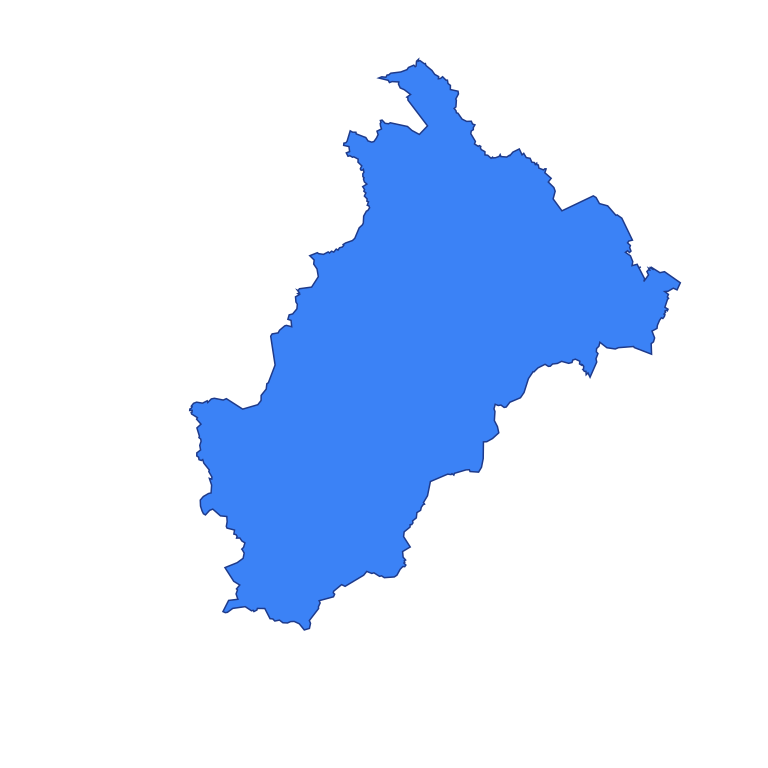 Ario, Michoacán, Mexico, rotated 38°
{"feature_id": "50627088B27695640729090", "entity_name": "Ario", "entity_type": "district", "adm_level": 2, "iso_a3": "MEX", "parent_name": "Mexico", "parent_adm1": "Michoacán", "projection": "natural_earth1", "projection_center": [-101.712, 19.129], "detail": "fine", "context": "isolated", "style": "filled", "palette": "blue", "viewbox_px": 768, "rotation_deg": 38, "n_neighbors": 0, "source": "geoboundaries", "source_scale": "gbopen_adm2", "svg_char_len": 6146}
<svg xmlns="http://www.w3.org/2000/svg" viewBox="0 0 768 768"><g transform="rotate(38 384 384)"><path d="M472.6,626.9L475.7,622.5L473.4,617.8L470.8,616.4L470.7,601.2L469.5,600.0L468.5,595.9L466.3,594.7L475.2,582.8L474.5,580.0L472.6,579.8L471.9,578.4L474.1,568.2L477.9,567.4L485.7,547.2L485.8,542.3L491.0,540.8L492.3,539.0L498.9,538.3L500.1,536.7L503.5,536.4L510.9,529.7L511.9,526.7L510.8,520.0L511.2,516.3L512.8,515.2L512.7,513.2L509.9,512.8L510.2,511.8L508.8,510.8L509.4,509.4L505.7,508.7L501.8,504.6L505.0,496.3L493.4,492.2L490.9,488.1L492.6,480.7L491.2,478.8L492.4,477.7L492.3,475.6L490.8,474.3L491.9,469.6L489.1,465.1L490.6,461.0L489.3,458.2L489.1,455.1L489.9,453.7L488.1,453.2L487.1,445.3L480.6,432.3L489.7,415.8L492.6,414.1L492.8,412.8L495.1,412.8L494.5,411.0L501.5,401.2L504.0,399.0L505.7,400.0L512.8,395.2L512.1,389.6L508.1,381.7L498.0,368.4L500.5,366.2L503.1,360.1L504.5,351.8L499.6,347.7L493.5,344.9L488.3,337.3L486.0,335.9L484.1,331.5L487.3,330.6L489.1,328.6L493.1,328.5L494.5,326.9L494.4,320.9L500.0,310.8L499.6,304.5L494.5,290.8L493.9,282.5L494.7,282.1L495.4,276.5L498.8,269.3L502.7,268.9L504.1,267.6L504.5,264.5L508.0,261.0L510.0,256.8L516.8,254.0L518.9,251.3L518.0,248.9L519.5,246.6L524.3,245.5L525.7,247.8L528.1,247.5L527.7,246.9L528.5,246.6L530.5,247.1L532.1,249.5L531.7,250.1L534.1,250.7L535.3,249.7L537.6,252.2L537.9,249.7L542.2,251.8L538.1,235.7L535.5,233.6L533.9,228.3L531.5,227.9L529.7,225.2L530.1,221.9L528.4,218.2L537.3,218.2L544.7,214.0L546.4,211.0L557.6,200.8L558.8,201.2L576.5,195.8L569.7,187.7L570.4,184.9L568.9,181.1L562.6,177.3L564.9,172.1L563.3,169.4L561.9,164.1L561.8,161.1L563.4,160.7L563.4,158.3L562.7,156.4L561.6,156.5L561.7,154.1L560.5,153.6L561.3,151.9L562.2,151.9L561.8,150.2L558.1,150.6L555.3,142.8L555.5,141.3L553.7,141.0L553.0,138.3L548.3,138.3L550.7,136.1L553.0,130.4L557.0,129.4L555.2,121.8L535.9,122.8L532.9,126.4L522.2,127.5L526.2,128.0L522.0,128.3L522.4,129.8L521.4,129.9L523.2,130.7L522.1,131.3L521.9,133.5L525.3,135.2L525.6,143.3L524.7,140.7L513.4,135.5L514.3,133.6L513.2,135.5L509.8,133.8L506.6,138.0L504.7,134.4L499.3,131.3L493.2,131.6L493.9,129.0L496.5,129.3L496.8,127.2L493.6,125.3L492.9,123.2L489.0,122.8L488.9,120.6L491.2,117.7L469.3,106.9L463.6,107.2L462.9,108.3L450.6,105.9L442.7,109.2L436.3,106.5L433.1,106.9L417.6,138.0L403.3,134.0L400.2,126.7L396.9,124.6L389.1,123.7L389.1,119.0L380.7,118.5L379.3,114.7L378.3,115.3L377.8,117.1L373.1,118.5L370.8,116.4L369.5,117.0L368.4,116.0L368.1,117.9L366.2,116.9L363.9,118.2L360.2,116.2L356.7,118.0L352.1,116.2L351.7,118.4L345.9,115.5L342.8,121.9L342.6,126.5L342.0,126.5L341.0,129.6L336.1,132.8L334.3,131.7L334.6,133.8L332.6,137.0L330.6,138.8L329.9,138.4L329.4,140.2L324.9,139.9L322.5,141.3L320.5,138.8L316.3,139.4L314.6,138.6L314.0,137.2L312.4,137.4L311.9,138.7L307.5,139.1L306.7,136.6L298.3,133.3L297.0,130.9L297.8,128.6L296.5,126.9L296.1,123.8L293.7,124.6L291.0,123.2L287.4,126.2L282.4,127.2L275.6,125.1L274.1,125.7L272.4,124.3L269.6,123.7L270.1,121.4L266.3,115.8L265.1,115.3L264.1,109.6L262.1,107.7L255.0,111.1L252.5,107.8L249.4,107.8L246.9,105.5L245.8,106.4L241.0,105.8L240.4,108.4L238.9,110.0L237.8,108.1L233.3,108.8L228.8,107.4L221.0,107.2L219.3,106.0L218.7,106.8L213.3,107.0L212.3,108.5L211.3,106.9L210.9,109.6L213.5,113.7L213.2,114.8L211.2,114.4L208.4,119.5L208.6,122.1L205.1,127.8L198.0,134.9L197.4,137.5L196.2,138.6L196.6,141.1L193.1,143.3L191.5,146.1L200.4,142.1L202.7,143.1L204.2,140.7L209.7,136.9L210.8,138.8L214.5,140.7L218.8,139.6L226.7,139.5L225.4,143.9L226.5,143.7L228.2,145.6L259.4,153.8L258.2,165.6L249.9,167.0L244.0,166.6L228.1,174.3L227.4,176.1L224.4,177.9L220.0,177.2L218.9,178.6L220.6,179.7L220.6,181.0L222.4,182.8L225.0,184.5L222.8,189.1L225.8,191.1L226.6,194.8L226.8,199.1L225.4,201.0L221.7,202.3L218.0,201.0L208.1,204.0L206.9,202.9L204.2,204.9L201.5,205.3L205.4,215.3L205.5,217.2L204.1,218.9L205.3,220.8L210.2,218.5L213.8,222.0L212.0,225.1L215.4,226.7L216.7,225.1L219.6,224.7L220.3,223.6L225.2,222.7L226.9,225.2L232.2,225.8L232.8,228.9L233.8,229.6L235.1,229.2L235.6,227.5L237.8,229.5L237.9,231.4L239.7,233.6L241.3,233.8L241.6,235.1L244.1,236.8L247.4,237.0L245.7,241.6L248.9,242.7L249.4,244.5L252.1,244.6L252.8,248.0L256.7,248.5L258.0,250.5L259.6,250.0L260.8,253.5L262.2,252.9L264.2,254.0L264.4,257.3L263.7,258.6L264.6,264.2L268.6,269.9L269.0,271.9L268.3,276.2L271.3,287.2L270.8,290.4L266.9,296.5L265.9,299.3L266.9,299.6L266.9,301.6L265.1,304.0L265.3,306.8L263.3,307.1L263.2,311.0L260.9,311.6L260.4,314.3L258.7,314.3L256.5,319.1L252.3,321.5L250.6,321.6L246.5,328.6L252.6,329.3L254.8,332.8L260.4,334.6L266.2,339.9L267.3,352.2L258.7,361.0L258.8,363.2L258.0,363.4L261.4,364.3L260.4,365.8L262.3,365.6L260.6,369.8L264.1,373.6L266.6,374.5L269.1,378.4L268.9,385.0L266.7,387.9L268.4,392.2L271.6,391.1L276.0,395.7L271.0,397.9L270.0,399.3L268.6,405.9L269.1,408.9L265.0,413.4L265.3,416.1L286.5,436.1L292.1,454.2L291.5,455.9L294.3,460.5L294.2,468.6L297.3,472.7L297.3,478.0L288.1,490.8L268.8,492.6L267.2,495.6L259.1,499.7L257.1,502.1L256.5,507.1L255.0,506.1L252.8,510.8L247.5,513.7L245.8,516.5L245.8,520.1L246.8,520.1L247.0,522.3L246.4,523.2L247.2,524.5L249.1,522.9L250.1,524.4L249.6,525.2L250.9,526.1L257.7,525.4L258.0,527.1L264.5,528.3L263.6,533.8L270.6,538.7L271.2,540.2L273.4,540.2L275.1,541.7L276.6,545.8L280.1,548.9L278.9,553.5L280.8,556.0L283.0,555.8L284.8,557.5L287.2,556.7L287.7,555.2L290.8,557.3L299.2,559.3L299.9,560.9L305.6,563.2L306.8,565.0L304.5,565.9L310.4,569.8L314.8,576.3L313.1,578.4L310.9,583.9L310.7,588.6L314.6,593.2L318.7,596.0L321.6,597.4L323.9,597.1L324.4,590.9L326.1,588.0L336.3,588.6L341.7,585.2L345.2,589.1L347.4,593.3L349.0,594.2L356.1,591.1L358.1,594.7L360.1,593.8L362.0,594.5L362.7,596.2L365.2,594.1L368.7,595.2L372.2,594.8L373.9,599.2L373.5,602.4L373.7,601.6L377.9,603.3L380.3,608.1L378.3,615.2L371.7,626.6L387.1,632.0L394.1,631.2L393.9,636.3L395.3,636.4L396.7,640.5L401.4,643.6L394.8,650.2L397.2,662.5L399.7,661.9L401.2,660.3L403.0,653.9L411.7,644.9L419.2,644.3L420.2,642.9L421.6,643.4L423.0,640.4L422.4,638.8L428.3,634.3L438.7,639.1L441.0,637.6L443.9,638.0L447.0,634.4L451.3,634.4L455.1,631.7L456.7,628.7L459.4,626.4L464.9,625.1L472.6,626.9Z" fill="#3b82f6" stroke="#1e3a8a" stroke-width="1.5"/></g></svg>